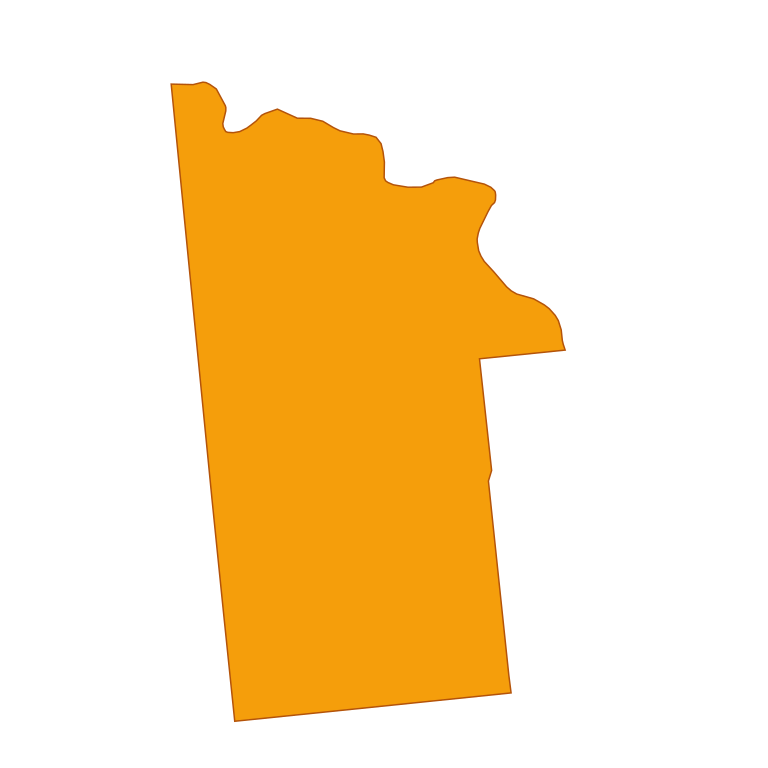 the district of Dixon, Nebraska, United States of America, rotated 354°
{"feature_id": "52423323B39829047876062", "entity_name": "Dixon", "entity_type": "district", "adm_level": 2, "iso_a3": "USA", "parent_name": "United States of America", "parent_adm1": "Nebraska", "projection": "orthographic", "projection_center": [-96.803, 42.513], "detail": "fine", "context": "isolated", "style": "filled", "palette": "amber", "viewbox_px": 768, "rotation_deg": 354, "n_neighbors": 0, "source": "geoboundaries", "source_scale": "gbopen_adm2", "svg_char_len": 1193}
<svg xmlns="http://www.w3.org/2000/svg" viewBox="0 0 768 768"><g transform="rotate(354 384 384)"><path d="M386.4,704.3L478.1,704.5L477.7,686.6L477.7,683.5L477.7,491.4L482.0,481.2L481.6,368.9L567.7,369.2L566.4,363.2L565.9,359.3L565.9,348.7L564.0,339.2L561.4,333.6L556.2,326.4L551.8,322.2L541.8,315.0L525.4,308.4L520.3,304.7L516.1,300.2L505.1,284.2L496.5,272.6L493.8,267.0L492.1,261.4L491.6,252.9L491.8,249.5L493.6,243.6L495.6,239.2L505.5,223.4L509.5,217.7L512.9,215.1L514.1,212.6L514.8,207.7L514.7,204.7L514.2,203.4L510.8,199.5L504.7,195.7L475.9,185.7L468.9,185.4L458.0,186.6L455.7,187.2L454.0,189.0L441.8,192.1L428.4,190.8L414.2,186.9L409.0,184.0L406.8,182.1L405.7,178.9L407.6,163.3L407.3,152.8L406.2,144.7L401.9,137.8L395.3,134.9L389.4,133.1L379.8,132.2L366.7,127.6L360.5,123.7L350.6,116.3L338.9,112.1L325.6,110.6L306.7,99.5L293.8,102.6L290.3,104.0L284.5,109.0L278.4,112.8L274.3,115.2L266.9,117.9L260.3,118.3L254.9,117.4L253.0,116.4L251.9,114.0L251.0,111.4L250.9,108.1L255.2,95.9L255.6,92.6L255.3,90.7L248.1,73.1L242.0,67.8L238.4,65.6L235.5,64.9L225.4,66.3L203.7,63.5L200.9,480.4L200.5,591.9L200.3,703.8L385.8,704.3L386.4,704.3Z" fill="#f59e0b" stroke="#b45309" stroke-width="1.5"/></g></svg>